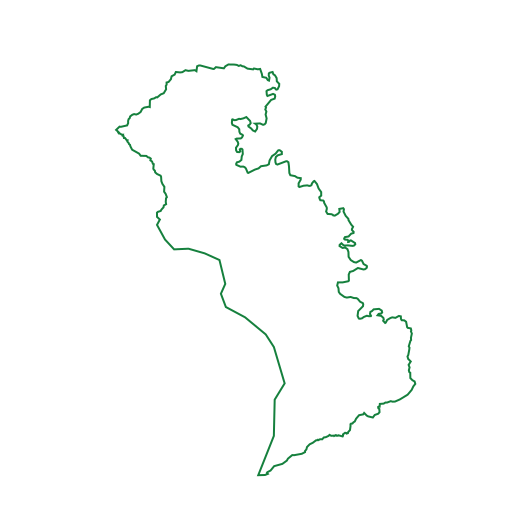 Assin North, Central, Ghana, rotated 61°
{"feature_id": "2480657B44214183650816", "entity_name": "Assin North", "entity_type": "district", "adm_level": 2, "iso_a3": "GHA", "parent_name": "Ghana", "parent_adm1": "Central", "projection": "albers", "projection_center": [-1.35, 5.826], "detail": "fine", "context": "isolated", "style": "outline", "palette": "green", "viewbox_px": 512, "rotation_deg": 61, "n_neighbors": 0, "source": "geoboundaries", "source_scale": "gbopen_adm2", "svg_char_len": 6085}
<svg xmlns="http://www.w3.org/2000/svg" viewBox="0 0 512 512"><g transform="rotate(61 256 256)"><path d="M180.8,327.5L197.5,327.6L210.5,324.4L216.9,311.5L228.8,299.6L241.8,289.9L265.5,296.4L272.0,305.0L286.0,307.1L304.3,295.3L329.3,285.5L344.3,284.5L381.3,292.7L390.7,309.3L422.0,327.6L448.8,360.3L451.9,354.3L452.3,351.3L451.0,351.6L450.6,350.9L450.7,347.3L448.6,342.0L450.6,333.7L449.9,328.2L448.7,326.3L447.7,320.8L448.7,319.2L451.2,311.8L451.3,308.2L450.3,307.6L449.6,305.7L447.8,304.0L446.7,300.3L446.9,296.9L446.3,292.7L446.8,291.8L446.7,291.0L447.3,290.7L447.3,288.9L448.4,287.0L447.6,284.6L448.3,282.8L448.5,279.8L448.1,278.4L449.7,277.4L450.9,274.9L451.3,274.9L451.3,273.7L451.9,273.1L451.6,272.8L452.9,271.6L452.8,270.8L455.8,267.7L455.4,267.0L454.2,266.4L453.8,263.8L454.5,262.9L455.2,262.9L455.5,261.5L454.7,260.8L453.8,258.2L450.6,255.8L448.9,254.9L448.7,254.0L449.3,252.9L448.7,251.5L448.6,249.8L446.8,247.3L445.2,243.0L446.5,239.0L445.7,237.5L449.3,236.5L450.6,235.7L453.9,232.1L452.6,229.2L453.2,225.6L452.5,223.7L449.6,222.3L448.6,222.8L447.3,222.4L447.2,221.6L447.7,220.9L445.4,219.4L447.0,215.9L446.9,213.8L447.7,212.5L448.3,208.5L449.6,207.2L450.7,205.0L451.2,199.7L450.8,190.6L448.6,184.8L446.3,181.6L445.1,178.7L442.6,178.1L440.5,179.4L437.6,180.2L432.9,177.7L431.8,178.2L430.0,177.7L427.9,175.7L425.2,175.3L423.3,171.8L419.8,172.8L417.3,172.2L416.4,170.8L412.4,167.5L410.6,166.2L409.1,166.2L405.1,162.1L404.7,161.1L402.6,160.1L399.4,157.3L397.0,157.0L396.3,156.2L394.4,155.7L392.4,158.1L391.5,158.3L386.3,156.6L384.2,157.5L382.8,159.7L381.2,159.7L379.0,158.6L377.7,160.1L377.7,164.0L375.7,166.6L375.4,168.5L375.5,172.2L377.2,174.9L377.2,175.5L374.3,176.2L373.4,175.0L371.9,174.6L369.1,175.5L366.8,178.4L366.1,176.8L367.0,174.2L366.5,173.0L364.7,172.5L361.9,174.0L359.7,179.0L360.4,181.2L360.3,183.0L361.9,184.4L364.1,184.4L364.3,184.7L363.3,186.6L362.0,188.0L361.6,191.3L361.9,193.5L361.3,195.5L360.5,196.4L357.6,196.2L353.7,193.3L351.8,186.8L350.2,185.6L349.0,185.4L346.5,187.1L342.8,187.8L341.6,188.5L340.2,190.8L337.7,193.1L336.4,196.7L334.7,198.5L329.8,200.8L327.5,201.0L324.2,199.5L321.2,199.3L318.8,197.1L321.1,193.0L322.8,187.6L322.6,186.7L317.2,183.9L315.4,181.6L316.2,178.3L315.9,172.7L319.9,168.5L320.4,167.0L320.1,165.1L319.3,164.2L318.3,163.9L315.2,165.8L311.5,165.6L310.4,166.2L310.3,171.6L308.8,173.3L305.5,175.1L301.6,175.4L297.3,173.2L294.3,172.7L291.9,173.9L290.9,176.4L287.8,178.1L286.8,177.4L286.3,175.1L288.9,174.3L289.8,173.5L291.2,170.6L294.0,166.6L294.4,165.3L293.9,163.5L292.7,163.1L288.4,165.4L288.1,166.0L288.7,167.8L288.4,168.6L287.1,167.8L286.2,168.1L284.8,170.2L284.0,170.6L283.4,170.4L282.6,169.0L283.8,165.6L282.6,161.9L283.2,159.6L282.3,158.9L279.7,159.5L278.9,159.0L277.5,156.9L274.8,157.5L269.5,157.7L268.2,157.2L264.4,158.1L259.6,157.9L257.7,156.4L256.5,156.5L255.2,160.3L258.0,161.5L258.8,163.9L258.9,167.5L257.9,168.8L257.1,168.9L256.0,169.8L253.9,173.0L251.1,173.1L249.1,171.2L247.8,170.6L242.6,170.6L241.1,170.1L240.1,170.3L238.4,172.7L236.6,172.6L235.3,172.2L234.8,169.7L231.7,168.0L227.3,168.5L222.6,167.8L218.7,168.5L218.6,169.3L219.7,172.0L220.7,172.8L221.0,174.1L220.5,175.5L219.1,176.9L217.6,180.3L216.7,184.6L215.8,185.0L213.1,183.5L210.9,179.9L209.6,179.1L207.6,181.8L205.0,183.2L202.0,186.8L199.6,186.6L193.6,183.7L189.7,182.2L188.1,183.0L187.7,183.9L186.4,192.9L185.3,193.8L183.6,193.6L181.0,192.4L179.0,190.6L178.5,188.1L179.4,184.0L177.4,182.9L175.3,183.8L174.6,184.5L174.4,185.5L176.0,189.3L176.4,193.5L179.0,197.8L182.0,200.3L181.9,202.8L179.9,208.1L180.6,211.3L179.9,215.0L179.6,222.5L179.1,222.9L174.5,222.4L172.9,222.8L171.7,223.7L170.3,226.3L166.8,229.0L165.9,228.8L164.8,227.3L165.4,224.8L164.9,222.2L162.0,220.2L160.4,218.1L156.3,216.2L155.3,216.5L154.7,217.6L154.9,218.5L156.9,219.1L157.1,220.2L155.9,222.1L154.0,222.2L151.6,221.0L150.2,218.0L149.1,217.0L147.2,216.6L143.9,217.1L143.9,216.1L145.8,212.3L145.5,210.7L144.3,209.0L143.5,209.0L141.3,210.5L139.3,210.3L137.0,209.2L134.5,209.6L129.8,213.0L127.9,212.6L125.1,210.7L125.2,210.1L126.6,209.3L127.4,207.6L127.8,204.3L128.7,203.2L129.5,200.3L129.8,197.1L135.0,195.7L137.2,196.2L138.0,197.7L138.1,199.5L139.1,199.8L142.1,198.4L144.6,197.9L146.7,196.4L145.3,193.5L143.4,192.1L141.1,191.9L139.9,192.5L142.0,188.2L144.7,186.2L145.0,184.6L144.4,183.0L140.8,180.0L136.9,179.0L134.7,176.9L132.3,176.8L131.1,175.3L130.0,175.3L126.8,167.1L127.4,163.4L125.7,161.8L124.1,161.3L122.5,162.5L121.6,168.4L120.3,168.4L116.9,166.9L116.6,165.5L117.3,162.3L117.0,159.6L118.3,158.0L119.9,157.9L120.5,157.3L120.6,156.3L118.7,153.5L116.7,152.2L113.3,153.1L110.4,151.7L107.2,151.8L105.5,152.7L103.1,152.3L102.3,155.4L102.6,156.3L104.4,157.4L106.6,157.7L108.9,159.6L107.9,160.4L105.1,160.6L102.5,163.6L99.6,162.6L94.4,161.7L93.6,163.9L91.0,166.9L91.4,168.0L88.0,172.6L84.3,174.7L83.5,175.9L81.7,177.0L81.4,178.9L79.6,180.1L78.1,182.1L75.1,187.3L75.2,190.8L76.3,193.1L71.4,199.5L72.0,202.0L71.7,202.7L62.3,212.4L61.7,213.5L61.5,215.5L65.5,218.5L63.8,219.4L61.3,225.4L59.3,227.6L59.5,231.3L58.7,233.3L56.2,236.9L57.9,239.2L57.9,242.7L60.1,244.7L61.4,248.1L60.9,250.1L62.8,251.1L63.6,252.5L66.6,253.8L68.9,257.8L68.5,261.0L69.4,265.5L68.7,266.3L68.8,268.7L68.0,271.4L68.4,273.3L74.2,276.7L73.4,277.5L72.0,281.8L72.2,284.2L74.1,287.1L74.5,290.0L74.2,292.2L72.8,293.8L72.5,295.7L72.9,298.4L74.3,299.8L74.5,301.0L75.9,302.4L77.8,303.4L79.3,305.4L77.5,311.6L76.7,312.6L77.9,317.2L80.8,316.2L81.3,316.1L81.4,316.6L82.5,316.4L82.6,315.8L84.8,314.6L85.4,313.5L86.2,314.3L86.9,313.7L88.8,314.3L89.4,313.3L91.8,313.0L92.5,312.3L92.8,312.9L93.7,313.0L95.5,312.6L96.6,312.8L97.7,312.3L99.2,312.7L103.0,312.8L109.8,308.6L112.4,308.3L115.3,303.4L117.4,302.6L118.3,301.5L119.8,300.8L121.1,302.0L123.0,301.1L125.4,301.5L126.1,300.9L129.7,303.4L130.7,303.6L132.3,303.1L134.0,303.6L136.3,302.8L139.5,300.5L140.7,300.6L144.7,302.5L147.5,302.9L151.1,302.6L155.2,305.2L157.7,304.9L161.3,305.4L161.9,306.7L164.9,308.7L167.1,309.5L167.1,312.1L168.6,313.3L169.6,316.3L170.4,317.5L169.8,320.5L170.1,321.6L173.8,323.6L177.5,322.4L180.8,327.5Z" fill="none" stroke="#15803d" stroke-width="2"/></g></svg>